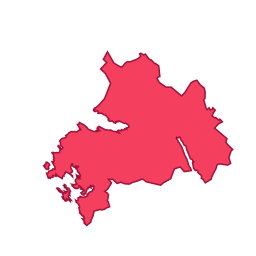 outline of Hemne nor, Sør-Trøndelag, Norway, rotated 251°
{"feature_id": "86288312B71092976212534", "entity_name": "Hemne nor", "entity_type": "district", "adm_level": 2, "iso_a3": "NOR", "parent_name": "Norway", "parent_adm1": "Sør-Trøndelag", "projection": "albers", "projection_center": [8.977, 63.29], "detail": "fine", "context": "isolated", "style": "filled", "palette": "rose", "viewbox_px": 256, "rotation_deg": 251, "n_neighbors": 0, "source": "geoboundaries", "source_scale": "gbopen_adm2", "svg_char_len": 5594}
<svg xmlns="http://www.w3.org/2000/svg" viewBox="0 0 256 256"><g transform="rotate(251 128 128)"><path d="M67.1,174.0L69.5,174.1L72.1,173.3L79.7,173.5L83.5,172.8L92.2,172.7L102.7,170.4L103.5,170.9L102.4,171.9L102.2,172.8L102.9,173.3L102.4,174.3L99.2,174.2L97.2,175.1L93.7,175.4L91.8,177.0L88.7,176.5L78.4,177.0L77.7,178.2L74.7,179.2L74.9,178.2L74.2,177.8L68.8,176.9L66.4,177.5L65.8,178.1L65.7,179.3L64.6,180.1L63.7,180.1L63.2,179.5L59.6,181.7L57.6,181.6L56.7,180.9L54.7,182.4L51.0,183.2L52.4,189.7L55.7,192.4L61.1,198.1L63.8,199.9L64.5,201.2L63.8,203.8L60.5,210.1L61.1,213.5L67.3,213.8L72.8,218.1L73.6,220.0L79.9,216.8L82.8,215.9L85.7,218.1L99.7,209.8L102.2,214.5L102.8,216.4L102.9,218.6L103.1,219.3L106.4,217.8L105.6,216.6L109.0,214.5L110.3,212.4L112.3,211.7L114.5,213.6L116.4,216.3L119.5,214.8L118.3,213.8L118.4,211.7L120.7,211.2L119.6,208.9L121.0,208.3L130.2,208.8L130.9,210.4L136.7,212.6L140.8,213.1L145.2,210.4L150.8,208.6L150.9,205.9L150.3,202.4L143.1,193.4L140.8,189.1L152.6,182.1L154.2,177.3L160.9,172.4L165.4,171.6L166.5,173.2L166.3,174.9L176.8,177.3L179.9,175.1L180.3,174.1L184.7,172.2L185.1,171.3L186.9,170.1L192.2,168.5L192.1,166.6L194.5,164.5L194.4,163.2L191.6,163.2L190.5,160.5L190.2,159.4L189.8,151.8L190.9,148.7L190.0,146.0L187.9,142.8L188.1,142.0L187.8,141.1L194.0,135.8L206.7,133.4L200.9,127.0L196.9,129.2L192.7,121.3L186.8,124.4L175.9,126.1L163.4,115.4L159.7,109.0L158.1,105.2L157.5,102.4L156.5,102.7L156.5,101.5L156.1,101.2L154.6,101.6L154.0,102.9L154.7,103.8L154.0,104.8L152.2,105.2L151.9,104.3L151.5,104.5L150.5,108.1L148.8,109.0L147.3,110.9L142.0,113.3L143.1,112.4L142.0,111.8L140.3,112.7L139.6,115.7L137.7,116.3L136.6,117.8L137.4,118.2L137.1,118.3L137.2,118.9L138.0,119.6L137.1,120.5L137.7,121.0L137.8,121.6L133.5,126.1L133.4,127.2L130.7,129.3L128.7,129.3L128.3,127.6L128.5,126.6L127.8,126.4L128.5,126.2L127.8,125.6L128.3,124.7L127.5,124.2L127.7,123.4L127.5,123.2L127.6,122.4L128.6,121.3L127.5,120.8L129.0,118.4L129.0,117.9L128.6,117.1L126.5,117.9L127.0,117.3L126.7,117.1L128.3,115.6L129.9,112.6L131.8,110.9L131.9,109.9L133.7,106.0L139.0,101.1L138.6,99.6L137.1,99.7L137.4,99.0L134.7,100.4L135.0,99.2L136.2,97.7L136.0,97.2L134.7,97.7L134.9,96.6L135.5,95.9L136.0,94.2L139.8,90.0L142.5,89.1L145.5,87.2L149.1,83.8L147.7,83.0L147.9,81.3L143.0,82.4L143.7,81.6L142.7,82.5L141.6,82.6L142.0,81.3L141.5,79.7L140.9,78.7L141.1,77.7L142.1,76.3L142.0,75.8L143.1,73.3L142.7,70.5L141.7,69.0L141.2,66.6L139.8,66.8L139.1,65.7L139.6,62.9L139.2,61.1L137.9,59.1L136.3,59.5L134.5,58.7L130.5,60.1L129.6,58.7L129.7,57.8L133.1,57.5L133.6,56.8L133.5,56.3L134.0,56.2L133.6,55.8L130.2,56.9L127.4,55.4L127.2,54.4L128.3,51.9L128.1,51.0L129.6,48.8L129.3,48.0L126.6,48.9L124.8,48.0L123.4,48.5L122.6,47.3L121.1,47.5L120.4,47.0L121.0,45.2L119.3,45.8L119.5,45.4L115.9,46.1L112.7,45.9L112.5,45.4L113.4,44.7L113.8,43.5L112.7,42.6L113.0,41.8L112.7,39.0L111.3,37.6L111.8,36.3L106.7,36.3L106.4,36.7L106.9,37.3L105.6,37.9L106.5,39.5L105.8,40.9L107.5,41.4L105.7,44.4L106.3,44.9L107.8,44.7L108.1,44.7L108.2,44.8L105.5,46.0L101.9,49.1L101.0,49.1L102.6,49.9L103.8,51.2L103.5,51.8L104.2,51.9L105.6,53.9L106.6,54.1L106.8,55.0L103.1,58.3L99.9,59.7L101.1,60.0L102.2,58.9L104.0,59.0L104.6,59.7L104.5,61.0L105.3,61.5L109.2,60.8L112.4,63.2L112.1,63.9L110.1,63.4L108.3,64.5L109.1,65.7L108.9,66.4L108.0,65.4L107.0,65.5L107.2,66.8L108.1,68.2L108.0,68.7L107.4,68.5L107.1,67.2L105.9,65.8L104.8,66.5L103.0,66.0L101.9,67.2L101.4,66.9L99.2,67.6L97.8,67.2L99.1,65.5L95.7,66.2L96.0,65.3L99.8,63.8L98.4,63.6L96.8,64.4L96.9,63.0L96.1,61.3L94.7,60.9L91.6,61.4L92.1,60.0L91.8,59.7L92.0,58.7L93.0,56.7L91.4,57.6L91.2,57.0L91.9,56.4L91.7,56.3L88.8,57.8L89.1,58.1L87.6,59.1L87.6,59.8L87.2,60.4L87.5,62.3L89.3,62.8L88.2,64.0L86.3,64.8L86.5,63.7L85.8,63.3L84.2,66.0L83.3,66.6L83.0,66.4L83.3,66.0L83.2,65.0L82.2,63.7L82.0,62.3L79.9,63.1L78.8,64.4L80.1,65.2L79.7,66.3L80.8,66.8L80.8,67.3L83.7,69.6L83.9,70.1L83.7,70.5L84.7,70.8L84.3,71.9L84.7,72.4L83.4,73.6L85.6,73.7L84.5,74.8L85.0,75.1L84.3,75.9L84.8,76.0L84.0,76.7L81.3,75.7L81.3,74.8L79.7,73.1L80.0,71.3L79.3,69.6L78.7,69.3L78.8,67.7L77.4,67.9L77.3,67.2L76.7,66.5L77.0,63.1L78.8,60.7L78.1,60.5L78.4,59.8L78.1,59.6L78.3,58.1L76.0,57.4L76.0,55.4L76.6,55.0L74.5,54.9L73.1,56.1L69.1,56.7L68.6,55.5L65.4,55.4L63.4,54.6L62.7,55.0L63.4,55.3L60.2,56.0L59.5,56.6L59.7,56.9L57.9,57.8L58.9,56.9L56.7,57.4L56.6,56.5L56.1,56.2L56.8,55.3L54.2,56.2L52.8,55.8L53.0,56.4L51.7,56.0L49.3,57.2L51.1,62.2L52.7,63.0L56.5,66.5L60.5,68.8L60.0,75.3L59.2,76.2L58.9,77.9L59.0,78.7L58.7,79.1L59.4,81.5L59.5,85.0L64.8,85.3L65.8,84.8L71.2,87.9L73.1,87.3L75.7,85.4L76.7,88.7L81.4,94.5L85.8,92.9L84.3,96.9L79.1,99.7L79.1,103.5L76.2,106.9L74.5,111.1L75.1,114.2L74.8,120.4L75.2,125.1L71.2,127.7L63.3,140.3L64.6,143.3L66.1,151.8L74.3,158.6L74.1,164.7L68.4,167.0L67.1,174.0ZM94.2,41.0L90.5,42.3L89.3,43.1L89.8,43.7L88.5,44.5L85.7,44.9L84.8,44.7L84.6,44.1L83.1,44.3L83.8,43.3L81.9,43.6L81.0,44.7L80.2,44.6L80.4,44.4L80.1,44.5L80.3,45.0L78.4,45.7L80.7,45.4L79.6,46.9L80.7,47.2L79.9,47.5L79.9,48.2L79.3,48.5L77.6,49.4L79.1,49.5L78.1,50.1L78.5,50.4L78.3,50.7L82.5,49.2L83.7,49.8L83.7,50.4L83.1,51.1L85.6,51.1L85.3,51.8L86.5,52.2L86.7,53.0L90.3,52.4L91.6,50.4L92.4,50.0L93.9,50.6L95.2,49.5L94.1,49.1L94.7,48.8L94.5,48.3L93.0,49.4L92.3,48.5L91.1,50.2L90.4,49.8L88.4,50.7L87.7,50.2L87.9,49.6L87.5,49.0L88.9,47.5L86.8,48.1L87.2,46.4L88.3,45.9L88.7,45.0L89.9,45.0L90.5,43.9L92.6,43.4L94.3,41.9L94.2,41.0ZM119.6,36.0L115.9,37.1L114.7,39.0L115.5,40.0L117.6,40.2L118.4,41.9L120.1,41.6L122.0,40.4L122.2,39.3L121.1,39.1L120.7,38.5L120.7,37.6L120.2,37.2L119.4,37.3L119.6,36.0Z" fill="#f43f5e" stroke="#9f1239" stroke-width="1.5"/></g></svg>